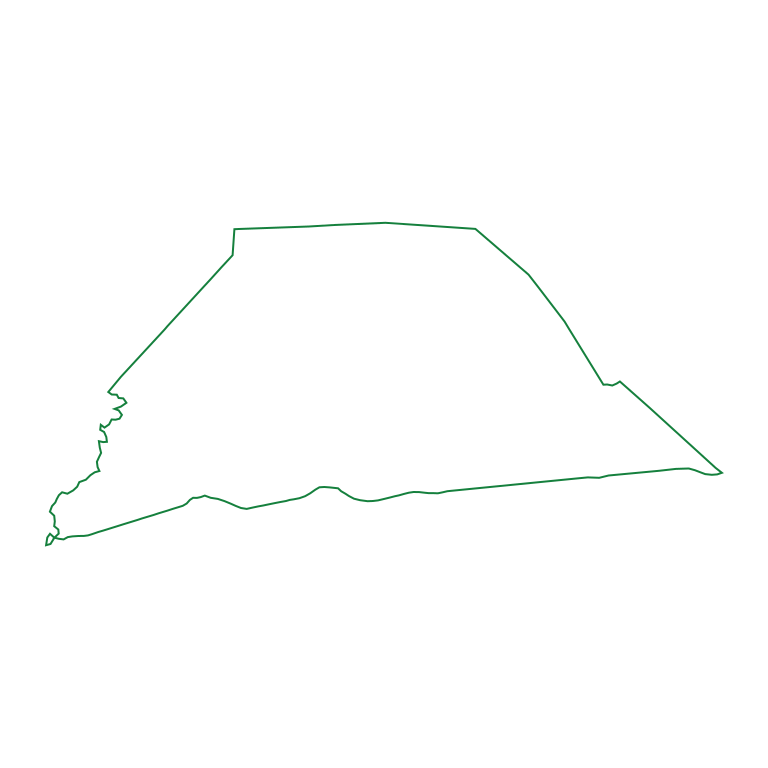 outline of Lajedinho, Bahia, Brazil
{"feature_id": "56859067B60717499646951", "entity_name": "Lajedinho", "entity_type": "district", "adm_level": 2, "iso_a3": "BRA", "parent_name": "Brazil", "parent_adm1": "Bahia", "projection": "orthographic", "projection_center": [-41.04, -12.382], "detail": "fine", "context": "isolated", "style": "outline", "palette": "green", "viewbox_px": 768, "rotation_deg": 0, "n_neighbors": 0, "source": "geoboundaries", "source_scale": "gbopen_adm2", "svg_char_len": 2128}
<svg xmlns="http://www.w3.org/2000/svg" viewBox="0 0 768 768"><path d="M341.1,491.2L345.4,493.7L348.9,496.0L354.0,498.7L360.1,500.2L367.6,501.2L372.9,501.0L378.0,500.4L384.3,498.9L390.0,497.5L395.0,496.2L398.8,495.4L404.1,493.9L408.9,492.7L413.6,492.0L419.3,492.1L424.4,492.7L428.3,493.1L432.5,493.1L437.9,493.3L442.7,492.3L447.4,491.2L579.3,478.2L587.8,477.4L599.2,477.8L608.6,475.5L659.0,470.8L675.9,468.9L682.2,468.7L688.8,468.5L694.9,470.2L700.4,472.3L705.2,474.1L711.8,474.8L717.2,474.4L721.9,472.8L715.6,467.9L694.1,448.3L649.6,407.8L619.9,381.5L616.6,383.6L612.3,385.5L607.2,384.5L603.4,384.7L569.2,329.2L564.6,321.6L537.7,286.4L528.5,274.6L475.4,228.9L385.4,222.8L334.3,225.0L308.9,226.5L238.7,229.0L234.4,229.2L232.6,255.2L221.4,267.3L211.0,278.8L203.9,286.5L167.5,326.1L164.6,329.5L120.9,376.8L108.3,392.0L111.7,394.5L116.8,394.7L118.6,398.0L123.3,398.4L126.4,402.8L120.9,406.6L114.6,408.9L118.7,410.4L121.9,414.9L119.5,418.7L115.6,419.7L111.6,419.5L109.1,424.4L104.5,427.6L100.8,424.8L100.2,429.8L104.1,432.0L106.3,437.0L106.9,441.8L103.2,442.1L98.9,441.2L99.8,447.7L101.1,452.9L99.0,457.2L96.9,461.8L97.6,467.1L99.4,471.0L94.7,472.3L90.4,475.2L85.9,479.7L79.3,482.1L77.2,486.7L73.2,490.4L67.4,493.7L62.1,492.3L58.9,495.2L56.8,499.0L55.3,502.5L52.0,506.1L49.9,511.7L54.2,515.7L54.8,521.4L54.2,526.2L58.3,529.5L58.7,533.6L54.4,537.7L58.9,538.8L63.6,539.4L67.8,537.1L72.3,536.4L78.3,536.0L84.1,535.9L88.0,535.4L91.9,534.2L98.3,532.0L102.8,530.7L106.7,529.5L111.8,527.9L117.9,526.0L123.6,524.2L128.5,522.7L137.6,519.9L141.8,518.5L147.8,516.7L153.5,515.0L158.6,513.3L167.5,510.6L172.7,508.9L178.6,507.1L182.8,505.8L186.7,503.5L189.9,499.9L193.1,497.8L196.9,497.9L200.7,497.1L204.8,495.6L210.7,497.8L217.8,498.9L224.5,501.1L230.8,503.7L235.7,505.9L241.0,508.0L246.7,508.9L252.5,507.6L258.2,506.4L263.2,505.5L267.0,504.7L270.9,503.9L274.8,503.1L280.4,502.0L286.0,501.0L289.8,499.9L293.8,499.3L299.4,498.2L305.1,496.2L310.2,493.3L315.3,489.7L319.4,487.3L324.3,487.0L329.7,487.4L338.1,488.3L341.1,491.2ZM54.4,537.7L50.0,533.8L47.3,537.5L46.1,545.2L50.5,544.0L54.4,537.7Z" fill="none" stroke="#15803d" stroke-width="2"/></svg>